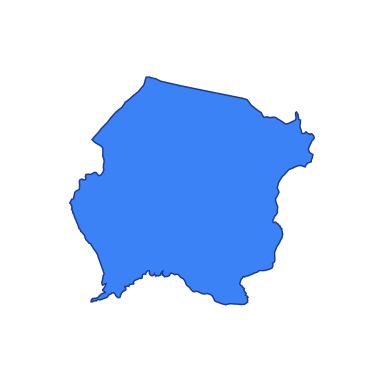 Ratau, Maseru, Lesotho, rotated 339°
{"feature_id": "5366337B91346461785811", "entity_name": "Ratau", "entity_type": "district", "adm_level": 2, "iso_a3": "LSO", "parent_name": "Lesotho", "parent_adm1": "Maseru", "projection": "orthographic", "projection_center": [27.776, -29.38], "detail": "fine", "context": "isolated", "style": "filled", "palette": "blue", "viewbox_px": 384, "rotation_deg": 339, "n_neighbors": 0, "source": "geoboundaries", "source_scale": "gbopen_adm2", "svg_char_len": 5835}
<svg xmlns="http://www.w3.org/2000/svg" viewBox="0 0 384 384"><g transform="rotate(339 192 192)"><path d="M200.5,315.6L201.9,315.4L202.9,315.2L204.5,314.7L205.4,312.3L205.5,310.6L206.5,310.5L206.3,309.3L205.0,307.3L206.3,306.1L205.4,303.6L205.4,302.1L206.2,301.0L205.2,299.0L205.3,298.0L204.2,296.9L203.9,295.8L203.7,294.6L204.9,293.2L206.6,291.1L207.9,290.6L208.1,290.4L209.4,289.2L210.6,290.2L211.4,290.1L212.6,290.0L214.3,290.4L215.4,290.3L219.0,290.2L222.5,290.0L224.1,290.2L225.1,289.9L226.4,289.5L227.7,289.9L228.8,290.3L230.5,291.0L231.4,291.2L232.8,291.5L234.2,291.6L235.9,291.8L238.2,291.8L239.7,291.5L241.3,289.6L241.6,287.5L243.1,287.2L244.6,286.0L245.3,284.3L245.7,283.2L245.9,282.4L246.6,280.3L247.6,277.7L248.4,276.9L249.2,276.1L249.9,275.3L251.9,273.1L253.2,272.3L254.0,271.8L254.7,271.2L256.2,270.0L257.5,268.5L259.5,267.2L260.4,265.6L261.7,263.6L261.7,263.2L262.0,260.6L262.7,258.4L261.7,256.7L262.1,255.7L261.2,254.2L261.1,253.1L260.0,251.9L259.7,250.7L258.7,249.8L257.1,249.8L256.9,248.7L257.6,247.1L258.4,246.5L259.6,245.1L260.5,244.3L261.9,243.6L263.3,242.7L264.5,241.6L265.3,239.3L265.9,238.0L266.7,236.6L266.7,234.3L266.8,230.7L267.5,228.2L269.6,226.7L273.2,223.3L273.0,218.7L273.8,217.6L275.2,215.6L276.8,213.7L280.2,211.1L282.0,209.7L283.7,209.3L284.7,208.7L285.9,208.0L288.1,207.1L288.4,206.9L290.4,205.8L294.5,205.8L295.4,205.7L297.0,205.5L300.3,205.5L303.2,206.2L306.5,209.1L308.5,207.4L310.5,206.4L312.5,206.5L314.1,206.5L314.8,205.0L316.5,203.2L318.3,200.5L315.9,197.2L315.9,193.8L316.5,193.1L317.7,191.7L318.9,190.5L323.0,186.7L324.2,186.6L325.6,185.0L325.6,183.0L325.1,181.3L324.1,180.2L322.9,180.7L322.4,179.9L321.7,179.4L320.9,178.7L320.6,177.6L320.0,176.7L319.1,177.2L318.4,177.5L317.2,177.5L315.7,176.7L315.6,175.7L316.0,173.9L316.0,172.5L316.1,169.8L316.9,167.9L317.5,167.0L318.3,165.7L319.0,163.8L317.6,162.1L318.1,160.9L318.2,159.5L318.8,157.8L318.2,154.8L317.3,155.0L316.5,156.6L316.2,158.3L315.8,159.8L315.0,161.3L313.4,162.1L311.2,162.2L307.4,162.5L304.9,162.5L303.7,162.1L301.3,158.5L298.3,154.6L296.6,152.2L294.5,151.2L291.3,150.5L289.2,148.8L285.9,148.1L285.3,145.7L285.0,142.7L282.5,139.2L279.7,134.5L278.2,131.7L277.3,128.1L276.5,125.5L273.2,122.9L242.7,103.6L221.1,89.8L210.3,82.6L202.7,77.5L198.6,73.2L195.4,71.2L193.5,69.5L190.4,68.4L188.8,70.3L186.0,74.2L184.8,75.2L183.3,76.0L180.6,77.5L177.8,79.1L175.1,79.9L173.7,80.7L172.8,80.6L169.5,81.8L167.5,82.7L163.8,83.8L161.9,84.2L159.9,85.8L158.0,87.1L157.2,87.8L156.3,88.0L155.2,88.4L152.9,89.0L151.7,89.5L149.7,90.1L146.9,91.6L142.6,93.8L137.4,97.0L134.3,98.3L132.9,99.1L131.8,99.5L130.0,100.3L127.2,102.1L123.7,104.0L121.0,105.3L119.0,106.5L117.5,107.2L118.0,108.5L118.7,110.2L120.1,112.3L121.7,114.1L123.3,116.1L124.1,117.6L124.3,119.0L124.0,120.7L122.1,125.3L121.5,126.3L121.5,127.5L121.6,128.8L121.1,131.6L120.5,132.9L119.5,134.3L118.5,136.3L118.1,137.3L117.5,139.9L116.3,141.2L114.7,142.5L113.5,143.3L112.1,143.5L110.9,143.4L110.0,141.3L109.5,139.6L108.6,139.0L107.4,138.7L105.1,139.2L104.0,139.3L102.8,138.9L101.4,138.1L100.1,137.8L99.0,137.9L98.0,139.3L98.0,140.2L97.8,141.6L96.9,142.2L96.1,142.3L95.1,141.6L94.0,140.5L93.2,140.4L91.6,140.6L90.9,141.2L90.3,142.6L89.6,145.0L88.7,147.2L88.0,148.7L87.1,149.3L84.3,149.6L83.5,149.8L82.5,150.4L81.4,151.9L80.4,153.5L79.6,154.8L78.9,155.7L77.9,156.0L77.1,155.7L73.9,158.5L74.7,159.9L74.4,160.8L74.8,162.0L74.3,163.0L74.2,164.5L73.4,164.8L73.6,165.8L73.7,167.1L73.3,168.3L73.3,169.3L73.8,171.0L73.4,172.2L73.4,173.8L73.4,175.9L73.7,177.1L73.4,178.9L73.7,180.1L73.7,181.3L73.7,182.7L73.4,185.0L74.1,187.1L74.1,189.1L75.0,190.5L75.3,191.5L75.8,193.0L76.2,194.3L75.9,195.6L75.8,197.5L76.1,199.0L76.8,200.6L77.5,202.8L78.8,204.0L79.0,205.5L79.4,207.0L79.6,208.5L79.9,209.9L80.6,212.2L81.0,214.3L81.4,217.1L81.1,219.2L81.1,221.2L81.1,223.6L80.7,236.7L78.9,238.6L78.1,240.0L77.3,241.4L75.3,244.3L75.0,247.0L75.4,247.0L76.9,246.7L78.8,246.7L77.6,248.4L75.8,249.9L74.9,250.6L73.7,251.0L73.4,252.1L74.0,252.7L74.7,253.9L75.0,254.8L73.2,254.7L72.0,254.7L71.1,254.7L69.5,255.3L68.4,255.7L67.1,256.6L66.1,256.7L65.3,256.8L63.6,256.6L63.2,256.5L62.9,256.4L62.1,256.0L61.6,256.0L60.6,256.0L59.7,256.5L59.2,257.0L58.4,258.4L59.8,258.9L60.3,258.8L61.4,258.7L62.7,258.7L63.5,259.3L65.6,258.7L67.5,259.7L69.7,259.9L70.8,259.9L72.4,259.9L74.2,259.9L74.7,259.9L75.1,259.7L76.1,259.3L76.9,258.4L78.4,258.2L79.8,258.1L80.7,257.6L81.7,257.8L82.6,257.8L83.2,258.9L83.9,260.1L83.7,261.2L84.0,262.2L84.5,263.3L85.1,264.2L86.0,264.4L87.1,264.4L87.7,263.7L88.1,263.1L88.7,262.4L89.5,261.6L90.4,260.9L91.7,260.2L91.9,260.1L93.5,260.0L95.0,259.7L95.5,258.9L95.3,257.0L95.7,256.0L96.8,256.9L98.3,256.7L99.2,257.5L99.8,256.7L101.1,256.0L102.5,256.3L103.9,256.9L104.8,256.7L104.9,255.4L105.7,254.5L107.3,254.0L108.8,254.0L110.7,254.0L112.1,253.5L113.3,254.5L114.5,254.5L115.1,253.5L115.6,252.2L116.6,251.3L117.6,251.4L118.5,251.6L119.2,252.2L120.4,250.7L122.3,249.7L123.9,250.2L123.7,251.4L123.0,252.4L123.0,253.8L123.8,255.0L124.6,255.9L125.9,256.0L127.7,254.9L127.6,255.9L128.1,257.7L129.8,257.6L130.5,258.3L132.2,258.3L133.2,258.0L133.9,256.9L134.9,255.9L136.4,255.5L135.4,257.1L135.0,258.1L134.7,259.0L135.6,259.6L135.9,261.3L137.1,261.6L138.5,261.9L139.9,262.0L140.8,261.9L142.5,260.5L143.8,260.3L144.9,261.4L146.5,263.1L148.3,263.3L149.6,264.2L150.8,267.5L151.8,268.9L152.7,269.8L153.4,271.9L153.5,273.8L153.5,276.7L154.3,278.3L155.1,279.5L155.8,281.2L156.3,283.1L157.0,284.7L157.1,285.0L158.1,285.9L160.7,286.3L161.9,287.2L163.2,288.6L164.7,290.3L167.3,291.8L169.5,292.1L171.4,293.3L173.0,294.9L173.9,297.1L174.1,299.5L174.2,300.1L174.2,301.6L175.1,302.8L177.4,304.9L179.0,306.3L180.0,307.2L180.9,307.8L183.2,309.4L184.5,309.4L186.1,309.7L187.5,309.9L189.5,310.8L191.1,311.6L192.8,312.3L193.5,312.7L195.1,313.3L195.8,313.7L198.0,314.8L200.5,315.6Z" fill="#3b82f6" stroke="#1e3a8a" stroke-width="1.5"/></g></svg>